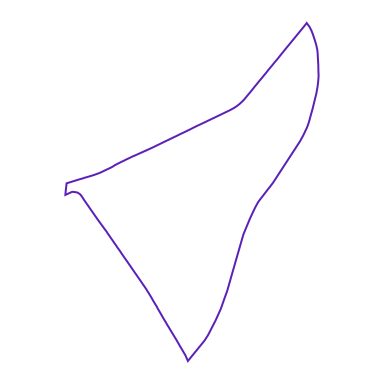 Bang Phlat, Bangkok Metropolis, Thailand (Equal Earth projection)
{"feature_id": "78962969B20944383607062", "entity_name": "Bang Phlat", "entity_type": "district", "adm_level": 2, "iso_a3": "THA", "parent_name": "Thailand", "parent_adm1": "Bangkok Metropolis", "projection": "equal_earth", "projection_center": [100.489, 13.788], "detail": "fine", "context": "isolated", "style": "outline", "palette": "violet", "viewbox_px": 384, "rotation_deg": 0, "n_neighbors": 0, "source": "geoboundaries", "source_scale": "gbopen_adm2", "svg_char_len": 3244}
<svg xmlns="http://www.w3.org/2000/svg" viewBox="0 0 384 384"><path d="M66.6,183.3L65.6,192.2L65.4,194.9L67.6,193.9L70.3,192.7L71.1,192.3L71.7,192.0L72.1,191.9L72.6,191.9L72.8,191.9L73.1,191.9L74.2,192.0L75.1,192.1L77.3,192.5L79.0,193.5L79.4,193.8L79.9,194.2L80.3,194.5L80.7,195.0L80.9,195.3L81.3,195.7L83.6,199.2L83.9,199.7L84.6,200.7L85.6,202.1L86.7,203.8L87.6,205.0L88.8,206.7L89.6,207.9L90.6,209.4L91.7,210.9L92.9,212.7L94.0,214.2L95.0,215.7L96.1,217.2L97.8,219.7L98.1,220.1L104.9,229.4L105.3,229.9L105.8,230.6L106.5,231.5L107.7,233.4L109.3,235.7L110.0,236.7L111.0,238.2L112.1,239.7L112.8,240.8L113.9,242.4L114.9,243.8L116.0,245.3L117.1,247.0L117.9,248.2L118.9,249.5L120.3,251.5L120.9,252.5L122.0,254.1L124.0,257.0L125.2,258.7L126.7,260.8L128.4,263.3L129.4,264.7L130.6,266.5L131.5,267.8L132.4,269.1L133.2,270.2L134.4,272.0L135.3,273.3L136.4,274.8L137.8,276.9L139.2,278.9L140.2,280.3L141.4,282.1L142.3,283.4L143.3,284.9L143.6,285.3L146.3,289.2L146.9,290.3L147.7,291.6L148.6,292.9L149.3,294.1L150.0,295.2L150.9,296.7L152.0,298.6L153.5,301.3L154.4,302.7L155.2,304.1L155.9,305.3L156.3,305.8L156.5,306.1L156.9,306.9L157.4,307.9L157.8,308.7L159.0,310.7L159.9,312.2L161.1,314.3L162.6,317.0L163.8,319.0L165.5,321.8L166.6,323.7L167.0,324.4L168.2,326.4L168.6,326.9L169.2,328.0L170.2,329.7L176.6,340.2L177.4,341.6L178.6,343.7L179.7,345.7L180.5,347.0L181.7,349.0L183.4,351.9L184.4,353.6L185.4,355.3L187.9,361.0L204.6,340.5L206.8,337.0L207.6,335.9L209.3,332.7L215.6,320.4L220.8,308.9L223.7,300.6L227.4,290.3L231.0,277.5L243.4,234.4L250.0,218.5L253.3,211.4L255.5,206.9L257.8,202.7L258.8,201.2L259.6,200.1L273.0,182.8L300.0,141.3L303.1,135.7L307.0,127.5L308.1,124.6L309.3,120.7L310.0,118.1L312.8,108.0L315.0,98.9L316.3,93.7L317.5,87.1L318.2,81.4L318.6,76.2L318.4,70.6L318.3,65.0L317.9,58.3L317.7,53.9L317.3,49.8L316.3,45.2L315.0,40.8L312.9,34.3L311.3,30.3L309.6,27.0L306.7,23.0L305.8,24.2L305.1,25.1L304.6,25.7L302.6,28.2L299.8,31.6L298.3,33.4L295.4,37.0L292.4,40.6L289.9,43.7L287.9,46.1L286.9,47.3L286.1,48.3L284.2,50.6L282.9,52.3L280.5,55.2L278.2,58.1L276.3,60.4L274.4,62.6L272.5,65.0L270.4,67.5L268.7,69.5L266.3,72.6L263.9,75.5L261.6,78.3L259.5,80.8L258.4,82.1L256.5,84.5L254.8,86.5L252.3,89.7L250.5,91.9L248.9,93.8L246.9,96.2L245.5,97.9L244.6,99.0L243.1,100.6L242.1,101.6L240.3,103.3L238.9,104.5L237.9,105.3L237.2,105.8L236.4,106.4L235.4,107.1L235.0,107.3L234.5,107.7L233.9,108.0L232.5,108.8L230.1,110.1L227.9,111.2L224.7,112.7L223.3,113.4L221.4,114.3L219.6,115.2L216.8,116.5L214.6,117.6L212.6,118.5L210.6,119.5L208.7,120.4L207.2,121.1L205.8,121.8L204.1,122.6L202.6,123.3L200.3,124.4L198.4,125.3L197.2,125.8L195.7,126.6L194.2,127.3L192.6,128.1L189.5,129.7L187.6,130.6L183.3,132.7L180.7,133.9L178.3,135.1L175.4,136.5L172.4,137.9L170.8,138.7L168.2,140.0L167.0,140.5L165.6,141.2L163.7,142.1L160.1,143.9L156.9,145.4L154.1,146.8L150.7,148.4L148.7,149.3L134.0,155.9L133.4,156.1L131.7,156.9L129.9,157.8L126.4,159.4L124.1,160.6L121.3,161.9L119.4,162.9L117.5,163.8L116.0,164.6L114.7,165.3L113.2,166.3L111.3,167.4L110.1,168.0L107.9,169.0L105.2,170.3L103.3,171.2L101.7,172.0L99.9,172.8L98.1,173.5L95.6,174.4L93.6,175.1L90.7,176.0L87.0,177.1L84.8,177.7L82.4,178.5L79.9,179.2L76.3,180.3L72.5,181.5L66.6,183.3Z" fill="none" stroke="#5b21b6" stroke-width="2"/></svg>